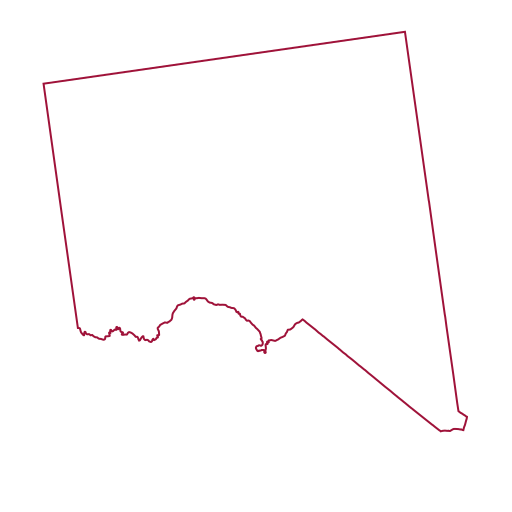 outline of San Andrés, Petén, Guatemala, rotated 352°
{"feature_id": "79465075B48357778365605", "entity_name": "San Andrés", "entity_type": "district", "adm_level": 2, "iso_a3": "GTM", "parent_name": "Guatemala", "parent_adm1": "Petén", "projection": "equal_earth", "projection_center": [-90.564, 17.38], "detail": "fine", "context": "isolated", "style": "outline", "palette": "rose", "viewbox_px": 512, "rotation_deg": 352, "n_neighbors": 0, "source": "geoboundaries", "source_scale": "gbopen_adm2", "svg_char_len": 6053}
<svg xmlns="http://www.w3.org/2000/svg" viewBox="0 0 512 512"><g transform="rotate(352 256 256)"><path d="M442.5,444.6L442.2,444.5L440.4,442.7L439.3,441.9L438.6,441.1L438.2,440.9L437.7,440.3L436.9,439.9L434.9,437.8L434.8,429.7L434.9,401.3L434.8,352.4L434.9,342.8L434.8,339.8L434.8,278.3L434.9,226.3L434.8,224.9L434.7,54.7L69.6,55.8L69.5,183.7L69.6,302.5L71.0,302.8L71.3,303.0L71.5,303.2L71.6,303.5L71.9,306.1L72.2,307.4L73.3,309.2L73.9,310.1L74.4,310.5L74.7,310.5L74.8,310.3L74.9,310.0L75.2,308.4L75.5,307.7L75.8,307.3L76.4,307.4L76.6,307.7L76.7,308.5L76.8,308.8L77.3,309.6L77.7,309.9L78.3,310.1L79.7,310.1L80.0,310.3L81.2,311.5L82.6,311.4L82.8,311.4L83.3,312.0L83.9,312.8L85.6,314.1L87.0,314.4L87.5,314.6L88.4,315.6L89.1,316.1L90.2,316.4L90.8,316.5L92.6,317.4L93.3,317.7L94.3,317.6L94.8,317.3L95.1,316.8L95.6,315.0L96.0,314.7L96.3,314.7L98.9,314.9L99.9,314.8L100.0,314.6L100.1,314.1L100.0,313.4L99.8,312.4L99.9,311.5L100.2,311.3L100.5,311.4L101.0,311.7L101.3,309.5L101.4,309.1L101.6,308.9L102.1,309.0L102.9,310.6L103.1,310.7L104.0,310.5L104.8,309.9L105.8,309.3L106.2,309.2L106.6,309.4L106.8,309.6L107.1,309.7L107.4,309.6L107.5,309.3L107.7,307.3L107.8,307.1L108.1,306.9L108.4,306.9L108.6,307.1L108.8,307.5L108.9,308.9L109.0,309.2L109.3,309.3L109.6,309.2L109.9,308.4L110.4,308.1L110.8,308.1L111.1,308.4L111.3,309.0L111.3,310.4L111.4,311.8L111.9,312.4L112.2,312.6L113.0,312.8L113.5,313.2L113.6,313.5L113.4,314.0L112.5,314.4L112.3,314.7L112.2,315.0L112.3,315.2L112.5,315.4L113.0,315.5L113.9,315.6L115.2,315.5L116.8,315.8L117.4,315.7L117.7,315.3L118.2,314.6L118.6,314.2L119.3,313.8L120.2,313.8L121.5,314.5L122.8,315.5L124.5,317.5L125.0,318.2L125.4,319.0L125.7,319.3L125.9,319.4L126.9,319.4L127.2,319.6L127.5,319.9L127.9,321.3L128.0,322.3L128.5,323.5L129.3,323.3L130.2,322.1L131.2,320.9L132.0,320.2L132.8,319.7L133.0,319.7L133.3,319.9L133.4,322.0L133.5,322.4L133.8,323.0L134.4,323.7L134.8,323.9L136.1,323.8L136.7,323.9L137.2,324.2L137.7,324.7L138.2,325.6L139.6,326.4L140.1,326.5L140.5,326.4L141.2,325.8L141.4,325.5L141.6,324.8L142.4,323.9L142.8,323.8L143.0,324.1L143.0,324.6L143.2,325.0L143.4,325.1L144.9,324.6L145.3,324.4L145.5,324.1L145.9,323.5L146.2,323.3L146.4,323.2L147.2,323.1L147.5,322.9L147.6,322.4L147.5,322.0L147.2,321.6L147.1,321.2L147.2,320.8L147.4,320.7L148.3,320.9L148.8,320.9L149.1,320.6L149.3,318.0L149.3,316.9L149.0,316.0L148.6,314.8L148.6,314.2L148.6,313.7L149.0,313.2L150.3,312.4L151.1,311.4L151.6,310.9L154.1,309.9L156.5,309.1L158.1,309.6L158.9,309.8L159.0,309.8L159.2,309.7L159.8,309.2L160.5,309.0L161.4,308.7L162.0,308.2L163.2,307.5L163.9,306.5L164.4,305.4L165.1,302.5L165.7,301.1L167.4,299.1L169.8,296.9L170.1,296.4L170.7,295.2L171.3,294.4L171.7,294.1L172.1,293.9L174.3,293.6L176.4,292.9L178.1,293.0L178.6,292.9L180.2,291.7L182.4,290.6L183.4,289.7L184.6,289.1L187.3,289.0L188.2,288.4L188.6,288.2L188.8,288.3L188.7,288.6L188.4,289.5L188.3,290.0L188.6,290.7L188.8,290.7L189.0,290.6L189.2,290.4L189.7,289.4L190.0,289.3L191.6,289.6L193.1,289.5L194.3,289.7L196.6,290.3L199.0,290.6L199.5,290.8L200.2,291.2L200.8,292.0L201.8,293.9L202.3,294.6L202.9,295.1L203.7,295.7L205.1,296.1L206.1,296.5L206.6,296.9L207.2,297.8L209.6,298.9L210.3,299.0L210.7,298.8L211.6,298.6L212.0,298.7L213.2,299.3L216.1,299.6L218.6,300.1L218.9,300.2L219.5,300.6L220.3,301.7L221.2,302.5L223.2,303.2L223.7,303.6L224.8,304.1L226.2,304.4L227.0,304.7L227.3,305.0L228.1,306.2L228.5,307.2L228.8,308.5L229.0,308.7L229.3,308.9L229.6,308.9L230.5,308.8L230.8,309.1L230.9,309.4L230.7,309.9L230.6,310.2L230.7,310.5L230.9,310.8L231.2,310.9L231.7,310.9L232.0,311.0L232.1,311.3L232.1,312.2L232.2,312.6L232.4,313.3L232.8,313.9L233.2,314.1L234.0,314.2L234.5,314.4L235.9,315.7L236.6,316.4L237.0,317.6L238.0,318.8L238.3,318.9L239.2,318.8L239.7,318.9L240.8,319.7L241.0,320.0L241.5,321.1L243.1,323.5L243.4,323.8L243.7,324.0L244.4,324.6L245.9,327.2L247.0,328.4L248.8,331.0L249.2,331.7L249.4,333.1L249.7,334.0L249.7,334.6L249.8,335.8L250.1,337.9L250.0,338.3L249.5,338.6L249.2,338.8L249.2,339.2L249.3,339.5L249.9,340.0L250.0,340.2L250.2,340.5L250.2,341.2L250.7,342.1L250.6,342.7L250.6,343.2L250.4,343.8L250.1,344.6L249.7,345.0L249.1,345.4L248.7,345.6L248.4,345.6L247.5,345.1L246.9,344.9L246.2,344.9L245.9,345.0L245.3,345.4L244.3,345.4L244.0,345.5L243.8,345.7L243.4,346.3L243.2,346.6L243.1,347.4L243.2,347.9L244.1,350.0L244.5,350.4L244.7,350.5L245.3,350.5L245.5,350.5L245.6,350.2L245.8,350.1L247.3,350.3L248.0,350.1L248.3,349.9L248.7,349.9L250.2,350.1L250.6,350.2L250.8,350.3L251.1,350.7L251.1,351.0L250.8,352.1L250.8,352.4L250.9,352.8L251.2,353.2L251.5,353.3L251.9,353.2L252.2,352.8L252.2,352.6L252.1,351.4L252.1,351.1L252.8,349.4L252.9,349.1L253.0,348.5L253.1,345.6L253.2,345.3L253.3,344.9L253.5,344.7L253.8,344.6L254.7,344.8L255.0,344.8L255.2,344.6L255.3,344.5L255.3,344.1L255.0,343.6L254.9,343.2L254.9,342.8L255.0,342.6L255.2,342.4L255.6,342.3L255.9,342.6L256.1,343.2L256.4,343.2L256.6,343.1L256.7,341.7L256.9,341.4L257.1,341.4L258.6,341.4L259.2,341.3L259.7,341.4L261.7,342.2L263.0,342.7L263.5,342.7L265.3,342.0L266.4,341.7L268.2,340.7L269.1,340.3L270.9,339.9L273.2,339.1L273.4,339.0L273.7,338.7L274.7,336.9L276.1,335.5L276.9,334.0L277.3,333.5L277.5,333.5L278.3,333.5L279.4,333.6L280.6,333.1L282.5,332.0L283.4,331.3L283.9,330.6L285.1,329.1L286.1,328.5L287.1,328.1L287.8,327.9L288.7,327.9L289.4,327.7L291.5,326.5L292.7,325.6L293.3,325.3L295.1,327.0L296.6,328.9L299.3,331.7L303.5,336.1L304.4,337.0L307.4,340.6L309.1,342.2L311.3,344.7L311.7,344.9L315.0,348.6L324.0,358.1L325.6,360.0L325.8,360.1L328.8,363.6L331.2,365.9L332.7,367.8L337.2,372.4L343.1,379.0L344.0,379.8L347.4,383.5L348.2,384.2L350.9,387.4L353.3,389.9L365.8,403.6L370.4,408.4L373.1,411.5L377.9,416.7L380.4,419.3L382.2,421.3L383.0,422.1L386.7,426.2L406.5,447.1L407.1,447.7L407.3,447.8L409.5,450.2L413.4,454.2L414.3,454.9L414.5,455.3L416.7,455.1L418.8,455.2L421.1,455.8L422.2,455.8L422.4,456.0L423.8,456.3L426.8,455.0L427.8,454.8L429.5,455.0L432.4,455.6L434.4,456.3L434.9,456.2L436.4,457.1L437.1,457.3L438.1,454.7L439.5,452.2L441.2,448.1L441.9,446.7L442.4,445.2L442.5,444.6Z" fill="none" stroke="#9f1239" stroke-width="2"/></g></svg>